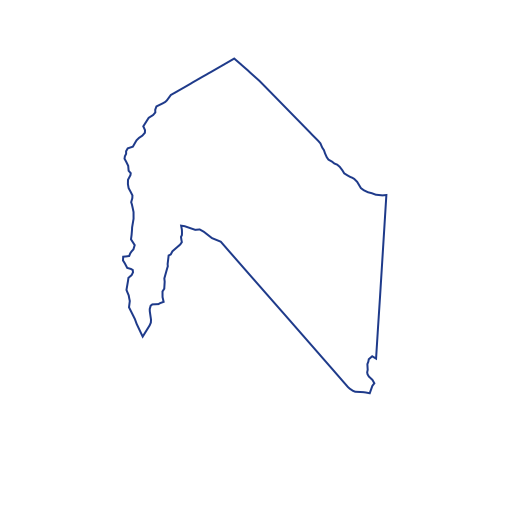 the district of Tacaratu, Pernambuco, Brazil, rotated 139°
{"feature_id": "56859067B10052664253182", "entity_name": "Tacaratu", "entity_type": "district", "adm_level": 2, "iso_a3": "BRA", "parent_name": "Brazil", "parent_adm1": "Pernambuco", "projection": "mercator", "projection_center": [-38.018, -8.913], "detail": "fine", "context": "isolated", "style": "outline", "palette": "blue", "viewbox_px": 512, "rotation_deg": 139, "n_neighbors": 0, "source": "geoboundaries", "source_scale": "gbopen_adm2", "svg_char_len": 2226}
<svg xmlns="http://www.w3.org/2000/svg" viewBox="0 0 512 512"><g transform="rotate(139 256 256)"><path d="M232.7,99.8L210.9,121.9L189.2,143.8L117.6,216.5L120.7,218.7L125.4,223.7L127.4,227.4L129.7,230.7L131.5,234.9L132.3,238.4L131.0,245.6L131.3,249.8L132.1,252.1L133.0,253.8L134.1,256.9L135.2,260.5L134.6,264.0L134.3,268.4L134.8,271.7L136.2,274.4L136.7,277.3L138.1,281.2L137.8,284.1L136.6,288.1L135.3,291.3L134.9,294.3L134.3,296.3L133.5,298.7L133.5,301.8L133.7,305.1L134.1,310.8L134.2,313.5L137.0,360.9L138.5,385.8L139.1,390.5L140.1,398.4L140.4,401.6L140.8,404.3L142.9,419.3L169.7,424.5L171.9,425.0L174.2,425.4L178.9,426.4L190.1,428.6L192.1,428.9L206.3,431.7L214.6,433.4L221.2,431.9L223.4,431.8L226.3,432.4L233.0,434.2L236.1,432.5L237.8,430.4L241.1,429.9L246.3,430.7L256.0,427.8L257.2,423.8L259.0,421.9L262.8,421.4L266.8,421.9L270.2,421.7L272.9,420.8L277.2,419.3L282.2,421.4L285.3,420.3L287.0,418.3L289.5,417.3L291.4,415.7L292.1,412.4L293.3,407.9L296.2,403.9L296.2,400.7L297.7,399.4L302.6,397.5L305.5,394.3L307.6,390.8L308.5,386.8L309.5,382.8L311.4,380.8L314.9,378.5L315.8,376.4L317.8,372.7L319.6,369.5L324.0,364.4L330.7,358.9L332.4,357.1L336.1,353.5L339.4,350.6L340.4,343.8L344.2,341.4L346.9,341.1L349.2,340.5L351.7,339.2L354.2,340.8L356.7,342.6L359.3,339.9L359.8,336.6L361.0,331.5L358.9,328.3L358.2,326.3L359.5,324.4L362.3,323.2L366.6,323.2L368.9,321.2L376.0,315.4L376.8,313.2L377.9,309.8L379.4,307.3L380.8,304.8L385.5,300.6L388.8,287.8L390.6,283.1L393.5,272.8L394.4,269.5L381.8,273.4L379.1,274.7L377.1,276.7L372.4,284.0L371.0,285.7L368.1,287.6L366.0,287.5L361.2,283.7L359.2,283.3L355.8,282.0L353.5,286.3L349.8,290.6L346.7,291.5L341.8,296.5L339.9,299.2L331.4,304.8L329.3,306.1L328.0,307.9L321.6,313.7L319.3,313.1L316.0,314.4L311.9,314.4L305.6,314.4L302.9,315.1L301.6,317.3L300.1,319.6L298.2,320.4L296.7,322.0L294.8,324.3L292.6,328.0L290.3,325.3L284.7,315.6L281.1,313.0L279.5,308.6L277.5,298.4L273.2,289.9L273.2,277.8L273.1,246.9L272.8,188.4L272.6,116.8L272.6,96.8L272.3,94.4L271.3,90.7L270.2,88.5L264.4,82.9L262.8,81.1L260.2,77.8L253.3,81.7L250.2,82.3L249.4,86.1L249.9,91.0L249.4,93.6L248.4,95.3L246.4,96.8L242.9,101.3L240.5,102.6L238.6,104.1L234.1,104.1L232.7,99.8Z" fill="none" stroke="#1e3a8a" stroke-width="2"/></g></svg>